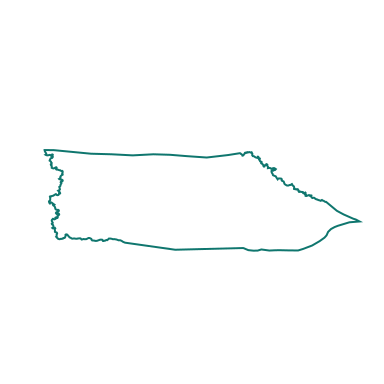 the district of Feuang, Vientiane, Laos, rotated 67°
{"feature_id": "54806243B7670424419028", "entity_name": "Feuang", "entity_type": "district", "adm_level": 2, "iso_a3": "LAO", "parent_name": "Laos", "parent_adm1": "Vientiane", "projection": "albers", "projection_center": [102.059, 18.657], "detail": "fine", "context": "isolated", "style": "outline", "palette": "teal", "viewbox_px": 384, "rotation_deg": 67, "n_neighbors": 0, "source": "geoboundaries", "source_scale": "gbopen_adm2", "svg_char_len": 5987}
<svg xmlns="http://www.w3.org/2000/svg" viewBox="0 0 384 384"><g transform="rotate(67 192 192)"><path d="M180.2,334.5L181.3,334.2L182.1,333.7L182.7,333.6L183.5,332.7L183.8,332.1L183.8,331.2L184.2,330.5L184.2,329.7L184.5,329.3L184.5,329.0L184.1,328.5L184.1,328.2L184.5,327.3L184.4,327.0L183.9,326.3L183.4,326.0L182.9,325.3L182.0,325.2L181.8,324.7L182.0,324.0L182.6,323.4L183.6,323.2L185.0,322.7L186.0,322.4L186.8,321.5L187.6,321.1L188.2,320.4L188.7,318.6L189.4,317.6L190.1,316.1L190.2,315.2L190.9,313.1L191.4,312.6L192.4,312.3L192.7,312.1L192.9,310.2L193.5,309.3L194.1,307.7L193.9,305.2L194.3,304.4L194.5,304.1L195.8,303.0L196.8,303.1L197.6,302.8L198.5,301.0L199.2,300.2L199.8,298.6L200.0,295.2L200.7,293.5L201.1,293.1L201.9,293.2L202.3,293.1L202.6,292.4L202.7,291.2L202.9,290.6L202.7,289.9L202.7,289.5L203.2,288.8L202.7,287.3L202.4,286.9L202.8,285.6L203.7,284.2L204.6,283.2L205.0,282.0L206.2,280.1L207.8,278.4L208.2,277.3L208.5,276.8L209.6,275.8L211.0,274.9L212.5,273.4L238.6,230.0L263.6,166.7L267.5,162.9L270.0,158.4L271.6,154.4L272.0,150.6L276.1,143.7L278.1,138.3L279.7,134.3L283.9,125.0L287.3,117.1L287.8,112.2L288.2,102.4L287.1,93.7L285.8,87.9L284.5,85.1L281.9,82.3L280.4,78.5L280.0,74.4L280.1,71.0L281.4,58.9L284.6,49.3L281.3,52.0L279.6,54.0L271.9,61.2L268.8,63.7L265.9,66.0L253.5,72.4L253.3,73.0L252.5,73.7L251.6,74.2L250.9,75.1L250.1,75.5L250.1,75.9L250.4,76.6L250.4,77.0L249.9,77.4L249.4,78.1L249.0,78.4L248.8,78.9L247.9,79.5L247.6,80.1L246.9,80.8L246.7,80.8L246.2,81.3L245.5,81.5L245.0,81.9L244.8,82.3L244.6,83.5L243.8,84.0L242.8,84.1L242.5,84.0L242.2,83.5L241.9,83.4L241.7,83.6L241.2,84.7L241.6,85.0L241.4,85.2L240.7,85.3L240.5,85.6L240.4,88.2L240.0,88.9L239.8,88.8L239.1,88.1L237.8,88.1L237.7,88.5L238.0,89.1L237.6,89.2L237.4,89.0L237.3,88.0L237.1,87.8L236.8,87.9L236.9,88.5L236.7,89.8L236.5,90.1L236.1,90.1L235.7,89.8L235.3,90.0L234.8,90.9L234.6,91.6L234.0,92.0L233.8,92.5L233.9,93.2L233.7,93.5L232.8,93.6L232.8,93.3L232.6,93.2L230.7,93.6L230.6,94.0L230.5,95.0L230.4,95.1L230.1,95.0L229.5,96.3L229.1,96.9L228.7,96.8L228.4,96.3L226.7,96.0L225.5,96.7L223.7,96.9L223.7,97.3L224.1,98.3L223.7,99.4L223.7,100.7L223.2,102.0L221.8,103.1L221.1,103.5L220.5,103.7L218.8,103.5L218.0,103.6L217.1,104.6L216.5,104.9L216.2,104.9L215.8,104.5L215.0,104.4L214.4,104.8L213.4,106.9L213.4,107.6L213.8,108.2L212.5,108.5L210.3,108.8L208.3,110.8L208.0,110.9L207.0,110.7L206.1,110.9L205.1,111.0L204.1,110.8L203.5,110.4L203.5,109.9L203.9,109.4L204.1,109.0L203.8,108.3L204.2,107.2L204.1,106.7L203.7,105.9L202.3,106.8L201.9,107.5L201.7,108.0L201.9,108.7L201.8,109.0L201.3,110.2L200.4,110.8L200.0,111.5L199.7,112.8L198.6,112.2L198.1,112.4L197.0,112.4L196.8,112.4L196.5,112.0L196.3,112.0L196.1,112.2L195.5,112.4L195.4,112.7L195.9,113.2L196.2,113.9L195.8,114.4L195.8,114.8L196.8,115.5L196.6,116.0L196.1,116.1L195.5,115.9L194.9,115.9L194.3,116.2L193.6,116.2L192.9,116.9L192.5,117.1L192.1,116.9L191.7,116.2L191.4,116.2L190.4,117.3L189.3,117.3L188.3,117.6L188.1,117.3L187.9,116.5L187.6,116.5L186.9,117.2L185.6,117.2L185.4,117.3L185.3,117.5L186.4,117.9L186.3,118.3L185.6,119.2L184.9,120.0L183.2,121.1L182.7,122.0L181.5,122.2L180.5,121.5L179.7,121.7L179.0,121.5L178.7,121.6L178.7,122.5L178.4,122.9L177.8,123.3L177.6,124.0L177.5,124.9L177.1,125.1L177.0,125.3L177.0,125.9L176.9,126.1L176.7,127.3L176.6,127.6L176.6,127.8L176.8,127.9L177.1,127.6L177.0,128.4L177.4,128.9L177.7,129.5L178.2,130.2L178.4,131.1L178.2,131.4L177.5,131.3L176.6,131.6L176.1,132.1L175.6,132.2L175.0,132.7L172.1,144.3L166.0,165.0L157.1,182.5L149.2,197.6L142.2,212.8L135.1,232.3L125.8,251.4L117.3,270.0L99.4,303.0L95.8,311.3L96.4,311.5L97.4,311.5L99.5,311.2L100.3,311.3L100.6,311.7L100.6,312.2L100.9,312.0L101.4,311.4L101.9,310.5L102.3,308.3L102.8,307.8L103.8,307.5L103.7,307.0L102.8,306.2L102.9,305.8L103.2,305.6L103.9,306.1L105.3,306.4L105.7,306.9L106.0,307.6L105.8,308.3L105.8,309.0L106.4,309.7L106.8,310.2L107.5,310.8L108.6,310.1L109.0,310.0L109.8,310.1L110.4,309.8L110.8,310.0L111.3,311.1L111.6,311.3L112.1,311.3L112.5,310.8L113.0,311.2L113.7,311.1L114.9,311.7L115.5,311.2L116.2,310.3L116.3,309.5L116.1,308.0L116.2,307.3L116.6,307.1L116.9,307.2L117.8,308.2L118.2,308.1L118.6,307.7L118.7,307.1L120.2,305.5L120.5,304.8L121.8,304.0L121.9,303.2L122.4,303.0L122.8,303.1L123.3,303.5L123.8,303.6L124.3,304.2L124.7,304.2L124.8,304.5L125.5,304.4L125.7,305.7L126.1,306.7L126.4,307.0L126.9,307.2L127.0,307.6L127.3,307.7L127.9,307.7L128.1,308.0L128.1,308.9L128.1,309.2L128.4,309.1L128.5,308.7L128.7,308.4L129.3,308.0L130.0,306.8L130.5,306.5L131.1,306.6L131.5,307.2L131.5,308.0L131.3,308.5L131.4,308.8L131.7,309.1L132.6,308.8L133.1,308.9L133.8,310.1L134.9,310.7L135.4,311.6L135.5,312.2L137.9,312.5L138.3,313.0L138.5,314.7L139.2,314.4L139.8,314.0L140.9,313.8L141.6,313.8L141.8,314.0L141.7,314.4L140.9,314.7L141.2,314.9L141.8,315.1L142.3,315.6L142.5,316.4L142.3,317.2L141.8,317.7L141.0,317.9L140.7,318.4L141.1,320.3L141.0,320.7L141.2,321.2L140.9,322.8L141.1,323.5L141.0,324.1L140.6,324.3L140.7,324.6L141.9,324.8L143.2,325.3L144.1,325.8L144.6,326.7L144.7,327.3L145.3,327.5L146.7,327.5L147.1,327.3L146.4,326.0L146.7,325.5L149.9,323.6L150.0,323.9L149.7,325.0L150.0,325.0L150.7,324.5L151.8,324.1L153.1,324.1L153.6,324.3L154.5,324.3L155.0,324.0L155.5,323.6L156.2,322.1L156.7,321.8L157.1,321.8L157.4,322.0L157.5,322.4L157.7,324.8L157.9,325.2L158.2,325.5L158.8,325.4L159.4,325.1L159.5,324.6L159.4,323.7L159.5,323.4L159.8,323.1L160.5,323.0L160.9,323.1L161.3,324.0L161.6,325.2L162.7,325.4L163.2,325.8L163.3,326.1L163.2,326.4L162.3,326.9L162.2,327.6L162.3,327.8L163.0,327.7L163.3,327.8L163.4,328.2L163.4,329.3L163.2,329.8L162.4,330.3L162.3,330.5L163.0,331.9L163.5,332.3L164.5,332.4L165.6,332.2L166.0,332.2L166.2,332.5L166.5,333.5L167.1,333.5L167.9,332.9L168.3,332.8L169.8,333.0L170.2,333.3L170.5,334.6L171.2,334.2L171.5,333.0L171.5,332.2L172.1,332.1L172.4,332.6L172.7,332.9L174.2,333.3L174.9,333.7L175.3,333.7L175.6,333.5L176.1,332.7L176.6,332.3L177.2,332.3L177.6,332.4L178.5,333.4L180.1,333.9L180.2,334.5Z" fill="none" stroke="#0f766e" stroke-width="2"/></g></svg>